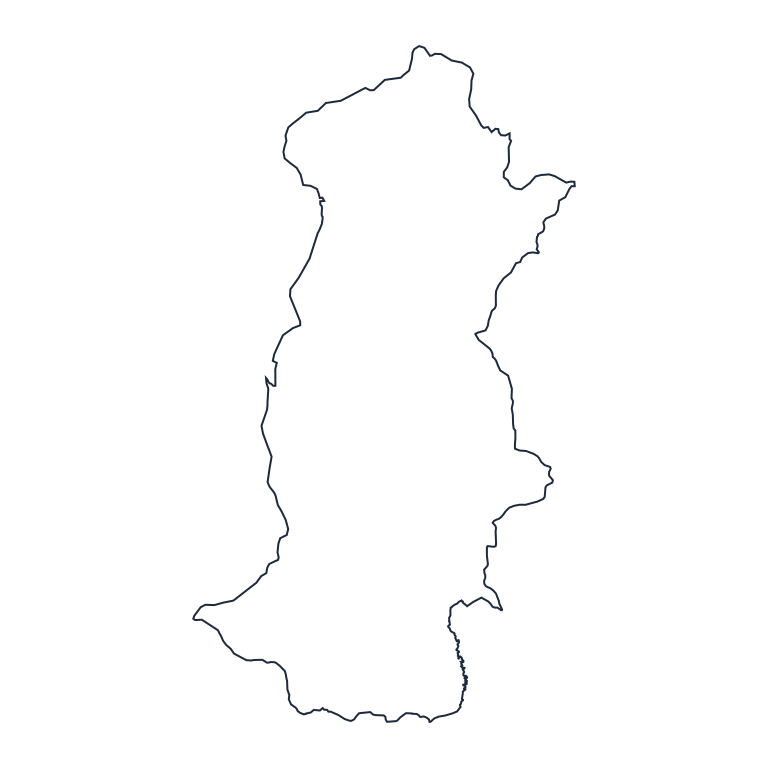 Rejang Lebong, Bengkulu, Indonesia (orthographic projection), rotated 90°
{"feature_id": "22746128B47928451075254", "entity_name": "Rejang Lebong", "entity_type": "district", "adm_level": 2, "iso_a3": "IDN", "parent_name": "Indonesia", "parent_adm1": "Bengkulu", "projection": "orthographic", "projection_center": [102.767, -3.438], "detail": "fine", "context": "isolated", "style": "outline", "palette": "slate", "viewbox_px": 768, "rotation_deg": 90, "n_neighbors": 0, "source": "geoboundaries", "source_scale": "gbopen_adm2", "svg_char_len": 6129}
<svg xmlns="http://www.w3.org/2000/svg" viewBox="0 0 768 768"><g transform="rotate(90 384 384)"><path d="M127.4,479.7L135.6,482.5L140.8,481.6L146.9,483.5L151.9,484.6L158.5,483.3L163.3,477.5L167.9,471.3L174.6,467.4L185.0,464.8L185.8,457.5L188.9,451.1L192.8,449.6L198.0,448.2L197.7,445.6L200.9,443.8L201.3,447.8L204.4,447.7L206.1,446.3L208.1,446.0L214.5,446.4L216.1,446.0L216.8,445.4L219.0,445.4L223.8,446.1L229.6,448.4L232.3,449.8L232.8,450.2L258.5,458.4L277.8,469.3L289.2,477.6L296.3,478.0L321.5,467.8L325.3,467.8L328.0,474.9L335.3,485.1L354.0,493.7L360.9,495.2L362.9,491.2L369.0,492.7L385.8,492.6L385.8,494.8L383.8,496.8L383.3,498.5L382.2,499.3L379.4,500.8L378.0,502.0L383.3,501.5L388.7,499.7L402.2,500.5L404.9,500.5L409.5,500.9L425.8,506.5L433.6,505.0L445.3,500.7L456.6,496.4L468.1,498.4L482.1,500.4L486.0,498.8L487.1,498.2L492.8,493.7L495.8,492.4L505.0,490.2L511.3,486.5L519.9,482.3L529.1,479.8L535.0,481.3L538.2,487.8L543.7,489.6L549.4,490.2L552.3,490.5L557.5,489.3L559.8,489.9L563.9,498.7L567.6,500.7L573.1,501.7L576.1,506.8L582.7,511.6L600.6,534.6L602.7,545.0L605.1,553.6L604.8,562.7L607.2,567.3L615.8,573.7L618.7,574.7L619.9,573.2L620.0,571.4L619.7,566.2L630.2,550.1L634.0,548.2L635.9,547.0L640.8,544.9L641.7,544.3L645.2,541.5L648.9,537.2L653.6,534.0L660.2,521.6L660.5,516.8L660.0,514.0L659.8,506.0L660.2,504.9L662.6,501.3L662.6,499.2L662.0,497.0L662.3,493.1L662.8,492.1L665.6,488.5L671.0,483.2L674.0,482.3L679.6,481.3L680.8,480.9L689.5,480.6L695.1,478.7L699.3,479.2L704.5,476.9L705.5,475.3L706.2,474.6L706.9,473.3L707.8,472.3L708.7,471.4L710.9,470.4L712.8,468.0L714.2,464.7L714.1,464.3L714.3,463.9L713.7,461.7L713.5,461.8L712.5,457.2L709.9,454.2L710.5,448.2L708.1,445.2L709.6,444.0L709.9,440.8L711.7,439.6L711.7,437.2L715.0,429.7L719.1,423.2L720.6,418.8L720.9,416.8L719.4,413.9L716.3,411.7L713.2,408.8L712.1,397.8L714.6,394.8L715.1,392.6L715.4,384.4L716.8,382.6L719.5,382.3L721.8,381.0L721.2,372.7L720.7,370.9L717.3,367.6L713.2,362.0L713.4,356.2L713.7,356.1L714.0,351.4L715.1,349.3L716.8,348.1L717.0,347.5L716.5,344.9L716.6,343.7L716.9,342.9L718.2,340.6L719.1,339.5L719.5,339.0L721.9,338.5L721.9,337.6L718.4,333.7L716.6,329.1L715.5,322.7L713.3,315.3L711.4,310.8L708.2,308.5L707.1,307.5L706.7,307.4L705.1,308.1L704.6,308.0L703.9,307.1L701.4,306.6L700.6,305.3L700.1,305.0L699.8,305.0L699.2,306.0L698.4,306.0L693.5,305.2L691.8,305.2L691.3,305.0L689.6,302.6L689.2,302.6L688.9,304.0L688.7,304.1L688.3,303.9L687.2,302.5L686.3,302.5L685.9,302.8L685.4,304.6L684.8,304.8L683.9,301.3L683.4,301.4L683.3,302.4L683.0,302.7L682.6,302.7L681.7,301.1L681.1,301.1L681.1,302.6L680.9,302.8L680.7,302.8L679.2,301.9L678.9,301.9L678.7,302.2L678.6,303.3L678.4,303.5L677.6,303.2L677.8,301.2L677.6,300.8L677.4,300.8L676.0,301.8L675.8,302.3L676.0,303.8L675.4,304.5L673.5,304.7L672.3,303.9L671.8,303.9L669.6,305.2L669.3,305.0L668.5,303.6L667.9,303.5L667.6,304.3L668.0,305.5L666.3,306.9L665.7,305.8L665.3,305.7L664.1,306.7L663.7,306.8L662.8,306.2L661.8,307.1L661.7,306.8L662.2,305.0L661.9,304.6L661.3,304.5L660.6,304.7L659.6,306.0L659.2,306.2L658.3,306.0L657.8,306.3L656.4,307.6L656.4,308.0L658.5,309.1L658.6,309.4L658.3,309.7L656.8,309.3L655.9,310.2L654.6,309.8L653.1,310.4L652.0,309.0L651.4,309.2L650.2,311.4L649.5,311.6L648.5,310.6L646.3,309.7L645.9,309.7L644.6,310.5L644.1,310.4L642.5,309.0L640.3,309.3L640.1,309.5L640.2,309.8L641.1,310.5L641.2,311.2L637.8,312.8L636.7,312.3L636.3,312.3L634.8,313.5L633.5,313.4L633.1,313.7L632.0,316.0L631.1,317.2L630.2,317.7L628.5,318.2L626.6,319.9L625.9,319.7L624.7,318.1L621.7,318.5L621.2,319.0L620.2,318.7L617.9,318.9L615.6,317.6L610.3,317.6L607.6,317.3L607.3,316.3L606.6,316.0L604.5,313.0L603.6,310.8L601.9,309.3L600.5,306.5L601.4,306.0L601.3,305.4L601.5,305.2L602.1,305.3L603.1,304.7L604.0,303.3L604.7,302.6L605.6,301.3L606.2,300.9L601.9,294.7L597.6,286.6L601.5,279.7L604.0,277.3L606.7,275.5L607.7,272.9L607.6,270.6L610.1,267.0L610.2,266.1L609.5,265.9L603.8,268.6L600.6,269.3L593.6,272.0L590.3,274.9L588.0,278.1L587.1,280.5L586.0,282.3L583.7,283.7L581.1,283.9L577.7,282.7L574.9,282.8L573.4,283.5L569.7,283.9L565.8,280.5L564.0,280.1L555.6,281.1L547.4,281.1L546.1,280.4L546.8,274.3L546.2,272.4L544.0,271.9L531.7,272.4L527.9,272.0L525.8,272.6L522.9,275.3L521.1,274.2L519.9,272.1L518.6,268.7L515.7,265.6L511.1,262.2L507.7,258.7L505.8,253.9L504.7,248.2L504.8,242.5L501.5,230.4L499.0,224.9L496.9,223.3L487.4,222.5L485.4,221.3L482.6,215.7L480.2,215.1L475.7,218.9L472.0,218.9L468.7,217.3L467.1,217.8L466.7,218.6L465.1,223.4L461.8,226.9L458.0,229.0L456.2,230.6L453.9,234.3L451.0,241.9L450.5,248.4L448.7,253.0L445.3,253.1L438.3,252.6L430.4,252.7L428.6,254.3L424.3,254.9L414.5,255.2L408.4,256.3L403.2,255.1L400.9,255.1L398.1,256.5L388.8,256.1L375.6,259.9L370.4,267.8L365.4,270.1L360.7,271.9L358.2,273.7L357.0,275.2L353.3,275.6L350.8,276.8L348.8,278.1L339.9,289.3L334.2,292.6L333.9,292.2L333.7,292.3L332.7,290.3L330.4,282.5L325.9,280.2L320.0,279.2L316.4,277.8L311.9,276.5L310.7,276.0L308.3,273.2L305.7,272.1L295.6,272.2L291.0,271.9L285.4,269.4L278.4,264.4L272.4,257.0L263.2,252.0L262.0,247.8L257.6,245.9L253.1,240.0L252.4,235.3L253.2,229.9L252.8,229.3L252.1,229.2L249.4,231.3L246.1,230.4L244.4,230.6L241.9,231.5L237.0,231.0L236.0,230.2L234.2,229.8L232.1,226.0L231.2,224.8L228.8,223.9L226.9,223.7L222.4,224.6L221.9,224.4L218.6,222.1L214.5,212.9L210.2,210.2L200.6,208.8L197.2,202.7L188.8,198.5L186.2,196.5L186.2,193.3L181.8,193.6L181.6,197.5L182.6,201.8L176.2,213.1L174.4,218.8L175.0,226.8L176.5,232.5L183.2,238.3L189.3,246.5L188.6,252.6L185.6,257.5L180.1,260.2L177.4,264.2L171.9,264.2L167.4,260.8L161.9,259.0L147.0,259.3L140.9,256.9L139.1,258.4L133.4,258.4L135.5,262.7L135.2,266.9L132.4,269.1L129.1,269.7L128.8,272.7L130.6,274.5L130.6,274.9L132.1,276.4L127.0,280.0L127.9,284.3L125.5,286.7L115.7,291.9L106.6,298.3L99.3,298.9L89.3,296.8L80.5,296.5L73.8,294.6L67.4,298.0L62.6,306.2L60.5,316.3L54.1,326.9L53.8,333.0L55.6,336.3L55.6,337.9L56.5,337.5L47.8,343.6L46.1,348.9L49.2,353.8L52.6,355.5L58.7,356.0L70.6,358.9L74.8,364.2L77.7,367.2L79.9,383.2L90.1,394.2L90.3,397.8L87.9,402.7L100.8,427.3L103.0,442.1L110.8,450.2L112.7,461.8L117.5,467.5L123.5,475.2L127.4,479.7Z" fill="none" stroke="#1e293b" stroke-width="2"/></g></svg>